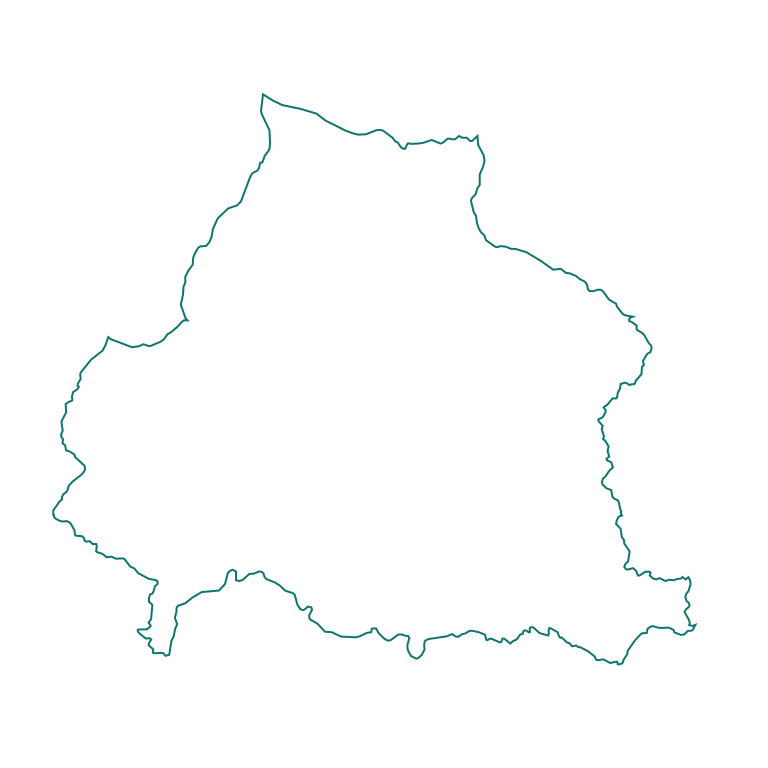 outline of Santa Helena Del Opón, Santander, Colombia, rotated 273°
{"feature_id": "7082276B2871746800234", "entity_name": "Santa Helena Del Opón", "entity_type": "district", "adm_level": 2, "iso_a3": "COL", "parent_name": "Colombia", "parent_adm1": "Santander", "projection": "mercator", "projection_center": [-73.601, 6.405], "detail": "fine", "context": "isolated", "style": "outline", "palette": "teal", "viewbox_px": 768, "rotation_deg": 273, "n_neighbors": 0, "source": "geoboundaries", "source_scale": "gbopen_adm2", "svg_char_len": 6112}
<svg xmlns="http://www.w3.org/2000/svg" viewBox="0 0 768 768"><g transform="rotate(273 384 384)"><path d="M666.9,248.0L650.2,246.9L646.8,248.0L631.2,256.4L618.4,257.6L613.4,257.4L611.1,256.6L605.8,253.1L598.9,250.9L598.5,249.0L597.7,248.6L593.1,247.9L590.3,246.2L588.4,242.5L587.0,241.1L583.4,239.4L558.8,231.6L554.6,227.8L551.2,219.2L540.8,209.4L530.1,205.1L521.8,204.1L516.5,202.2L512.5,199.0L511.8,193.3L510.3,191.3L503.9,188.1L500.4,186.9L493.1,186.7L487.4,182.9L480.5,179.9L475.0,180.3L470.7,178.7L462.5,178.6L452.7,176.9L439.4,182.3L437.2,184.5L437.1,180.9L435.7,179.1L430.1,174.5L424.3,168.3L422.4,165.2L417.1,161.9L414.5,158.6L409.8,149.0L409.6,147.2L411.1,141.5L408.9,137.4L407.5,130.5L414.4,108.9L416.4,106.2L407.8,103.7L402.6,101.2L392.9,90.1L379.5,80.5L377.8,80.1L373.3,80.8L368.0,78.1L365.9,78.3L365.2,79.4L362.6,78.0L359.6,73.9L354.3,72.9L352.7,73.6L351.0,73.3L349.8,70.4L347.2,67.1L339.1,68.1L329.6,63.8L320.5,65.6L316.6,64.1L313.6,64.9L312.0,66.4L308.1,66.0L306.0,68.8L301.1,70.0L300.2,73.5L297.4,78.6L294.8,79.4L286.6,89.3L283.7,89.9L281.7,89.5L278.2,87.3L270.6,78.5L266.1,74.6L260.2,73.1L256.9,69.4L253.9,68.2L251.9,68.5L249.4,66.0L240.6,60.4L236.1,60.5L235.6,61.4L234.2,61.3L232.3,63.1L230.4,67.3L229.8,70.6L230.5,74.3L228.9,77.9L221.9,82.5L216.9,83.5L216.4,84.2L216.2,90.4L215.0,92.0L212.1,93.1L211.0,94.4L211.6,98.4L208.9,101.5L209.2,105.0L207.2,105.6L201.9,105.3L201.1,106.2L199.7,111.5L196.5,116.3L197.3,121.0L195.5,125.5L196.2,132.3L195.7,133.9L188.5,140.1L186.6,144.5L182.2,148.5L177.1,159.4L176.3,166.1L175.2,168.1L172.6,168.4L170.0,165.9L163.9,164.4L162.5,163.5L161.7,161.5L157.8,160.5L154.4,160.6L151.3,164.2L137.0,163.7L133.4,161.4L130.6,163.6L129.7,163.5L126.6,160.1L126.0,151.5L125.4,150.9L123.8,151.3L121.7,153.3L117.3,159.5L117.9,163.1L116.7,164.9L112.7,162.8L110.7,162.7L107.0,167.4L103.5,167.3L103.1,169.4L103.9,176.4L103.6,177.8L101.1,179.9L102.4,183.7L116.0,185.1L121.3,187.2L128.6,188.3L133.3,190.0L139.6,187.4L145.2,188.6L149.7,188.6L151.6,189.6L154.6,196.9L160.7,203.8L166.7,212.9L169.1,230.0L175.9,235.7L187.2,238.0L189.5,240.3L190.6,242.5L189.0,246.0L180.3,246.5L179.6,249.8L181.0,253.1L187.3,259.6L187.9,264.3L190.3,268.9L190.0,271.7L188.5,273.6L185.2,274.7L183.0,276.8L180.1,285.5L177.0,290.9L172.4,296.2L170.5,303.7L169.2,305.7L159.0,309.1L154.7,312.3L154.0,314.8L154.4,316.1L157.8,319.8L157.1,323.1L154.8,323.9L149.1,321.4L146.0,321.8L145.0,322.6L141.2,330.0L133.5,338.1L133.4,344.8L129.5,354.4L129.6,369.4L131.2,373.9L134.6,379.9L135.4,384.2L139.0,384.6L139.4,387.1L139.4,388.9L134.8,391.8L129.2,398.2L127.8,401.9L129.0,404.7L134.5,411.2L134.8,415.6L133.8,417.5L133.6,421.3L131.8,422.6L124.9,421.1L121.4,421.2L118.4,422.3L113.7,425.3L111.4,430.6L111.9,432.3L115.4,435.9L121.1,438.4L124.7,437.8L128.4,438.0L129.9,438.7L131.6,441.7L135.3,459.8L137.8,465.1L135.7,468.5L135.4,471.3L138.3,475.1L138.9,477.7L142.0,482.6L142.2,484.7L141.1,491.7L138.9,498.0L133.8,499.6L133.6,500.7L135.3,503.2L135.1,505.0L132.0,513.3L132.3,514.5L136.0,515.7L136.0,517.4L131.4,523.7L133.9,526.1L135.9,529.9L140.8,533.0L141.9,535.7L144.5,536.2L145.3,537.1L145.2,539.1L143.5,541.6L144.0,542.7L147.6,542.3L148.6,542.8L148.9,544.5L148.4,546.3L143.4,552.4L141.4,561.0L142.8,561.6L147.8,561.4L148.9,561.8L148.8,563.1L145.3,570.3L140.9,572.2L139.8,573.5L140.1,574.9L135.6,580.0L134.8,582.8L132.0,585.5L132.9,589.8L131.4,591.6L131.4,594.0L127.7,601.8L123.0,608.7L119.8,610.2L119.4,612.0L120.5,617.5L117.2,624.6L119.0,630.9L118.2,631.8L116.6,631.9L116.2,633.0L117.5,636.7L120.9,637.6L126.5,640.8L130.6,641.5L141.0,648.0L147.7,653.6L148.6,655.0L149.1,659.5L153.4,660.0L155.8,663.4L156.3,664.4L154.8,671.9L155.6,681.4L153.5,686.0L151.2,686.9L149.0,693.6L149.6,696.9L153.4,700.4L153.6,703.6L154.5,705.1L159.8,707.6L158.5,704.5L159.3,701.3L161.0,701.9L164.2,701.0L171.9,696.1L174.6,697.2L177.6,700.4L178.9,700.7L181.6,699.8L182.9,697.6L187.1,696.0L190.2,696.8L193.1,698.9L200.4,700.7L204.1,699.8L207.0,698.0L204.6,695.5L206.9,692.1L205.2,690.8L204.7,686.9L203.2,683.9L203.4,678.6L201.9,675.4L204.6,669.4L203.1,666.1L204.0,662.6L206.7,659.4L209.3,660.1L210.5,658.9L210.1,654.6L206.2,649.3L206.1,647.5L210.5,645.7L213.1,642.3L211.4,636.6L211.7,635.3L214.0,633.5L216.9,634.5L219.5,637.0L229.6,638.1L237.2,632.3L241.0,631.7L243.6,629.5L251.8,627.9L256.4,623.1L260.2,623.6L263.9,625.4L265.1,628.5L266.6,627.4L270.1,627.3L271.6,626.3L277.8,624.9L280.0,623.6L281.9,619.3L283.4,618.0L290.0,616.4L291.5,611.6L295.3,607.4L297.3,606.7L300.8,607.5L303.5,610.1L309.1,613.5L312.7,617.0L317.8,615.0L319.4,610.7L320.9,610.1L323.3,612.7L328.6,610.8L333.3,611.6L338.8,608.0L340.6,605.6L343.2,606.4L350.3,603.8L353.7,604.6L358.2,600.2L359.8,599.9L362.3,604.2L367.3,606.7L369.5,606.7L372.0,604.6L372.9,605.2L375.0,608.2L381.6,613.0L381.7,616.5L383.1,617.5L387.4,617.9L391.5,619.9L396.4,620.3L398.1,625.1L395.8,629.4L396.8,631.6L396.9,633.8L397.9,634.6L400.5,635.3L407.3,640.6L414.6,640.7L416.8,642.5L420.6,641.4L427.7,645.2L430.1,648.6L434.4,649.3L436.2,648.8L438.7,646.3L446.6,641.2L448.3,639.5L451.0,634.2L452.2,633.3L455.6,633.2L458.8,628.4L459.7,625.6L461.9,625.5L462.9,626.2L464.2,629.0L465.4,620.5L466.5,618.8L473.3,612.7L476.3,611.6L480.1,604.2L487.1,598.7L489.4,595.8L489.4,592.7L487.7,588.4L487.6,584.3L489.3,582.7L493.8,581.6L496.7,579.2L499.1,573.9L502.0,570.0L504.3,563.3L504.4,560.0L508.3,554.5L507.0,547.0L514.5,535.2L523.1,519.3L525.7,508.4L525.7,503.4L527.5,498.5L527.8,493.1L526.6,490.1L526.9,487.7L533.0,478.3L537.7,476.4L540.5,473.0L544.1,470.6L549.4,468.5L556.9,467.0L560.3,464.6L571.3,461.3L573.6,461.7L578.7,465.7L583.9,466.9L588.1,469.2L598.2,468.6L606.1,471.5L611.8,472.7L617.5,471.6L627.8,465.4L636.6,464.4L631.3,459.2L631.1,457.4L634.2,453.8L634.1,449.0L635.6,446.0L632.4,442.5L631.8,440.5L632.5,436.5L632.1,434.4L628.2,430.4L627.1,427.8L630.2,418.9L626.9,410.5L626.0,406.0L625.2,398.5L625.6,396.4L625.2,394.9L620.0,392.7L619.9,391.1L621.4,388.4L625.9,385.1L626.7,382.8L630.3,379.7L636.9,369.9L637.5,367.5L637.0,363.0L632.4,352.8L631.7,345.1L632.8,339.4L635.2,331.9L644.0,311.8L650.5,302.4L654.5,285.6L657.2,267.9L661.2,258.3L666.9,248.0Z" fill="none" stroke="#0f766e" stroke-width="2"/></g></svg>